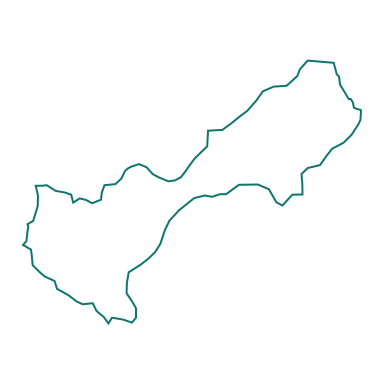 the district of Sarama, Paphos, Cyprus
{"feature_id": "46923920B86735418834185", "entity_name": "Sarama", "entity_type": "district", "adm_level": 2, "iso_a3": "CYP", "parent_name": "Cyprus", "parent_adm1": "Paphos", "projection": "mercator", "projection_center": [32.535, 34.96], "detail": "fine", "context": "isolated", "style": "outline", "palette": "teal", "viewbox_px": 384, "rotation_deg": 0, "n_neighbors": 0, "source": "geoboundaries", "source_scale": "gbopen_adm2", "svg_char_len": 1475}
<svg xmlns="http://www.w3.org/2000/svg" viewBox="0 0 384 384"><path d="M307.6,60.6L299.8,69.4L297.4,76.0L286.5,85.8L273.7,86.6L262.8,91.3L256.6,100.2L247.3,110.8L241.0,115.5L231.3,123.3L222.4,129.9L208.0,130.7L207.2,146.3L194.4,158.8L188.0,167.6L185.4,171.4L180.8,177.3L174.9,180.4L168.3,181.3L158.7,177.3L152.8,174.2L146.5,167.2L139.0,164.1L130.9,166.8L128.1,168.3L125.0,170.9L121.5,178.4L115.4,184.1L104.5,185.2L101.8,192.5L101.0,199.7L92.2,203.2L85.9,199.9L79.7,198.4L73.2,202.6L71.2,194.7L64.9,192.5L55.7,190.9L46.7,185.2L42.6,185.7L35.7,185.8L38.0,195.8L37.7,206.1L33.2,220.9L27.5,224.2L28.3,226.2L27.5,231.4L26.4,241.1L23.0,245.0L30.9,249.5L31.7,254.7L32.7,265.2L39.0,271.5L41.9,274.1L44.7,276.5L54.6,281.0L57.0,288.8L68.7,295.4L76.5,301.4L82.8,304.3L92.7,303.2L96.6,311.1L103.9,317.1L108.4,323.4L112.0,317.7L123.0,319.5L131.9,322.6L133.3,320.9L136.0,317.7L136.0,310.1L136.0,308.2L131.9,301.1L126.6,293.3L126.9,282.8L128.7,272.3L141.0,264.4L148.3,258.7L155.1,252.1L160.3,244.0L164.7,230.6L169.4,220.7L179.1,210.2L194.2,198.1L204.7,195.5L212.2,196.8L220.1,194.2L226.1,194.2L238.9,184.8L257.7,184.5L268.9,189.2L276.4,202.3L282.4,205.5L292.4,194.7L302.5,194.5L302.3,183.7L301.5,174.0L307.8,168.0L320.0,165.1L326.5,155.9L332.3,148.6L343.5,142.8L351.6,134.7L358.4,124.2L360.5,119.7L361.0,110.7L360.6,109.9L357.8,109.2L354.0,107.8L352.8,102.2L350.6,99.0L348.7,99.0L340.0,84.5L339.0,76.4L336.8,74.4L333.7,62.8L307.6,60.6Z" fill="none" stroke="#0f766e" stroke-width="2"/></svg>